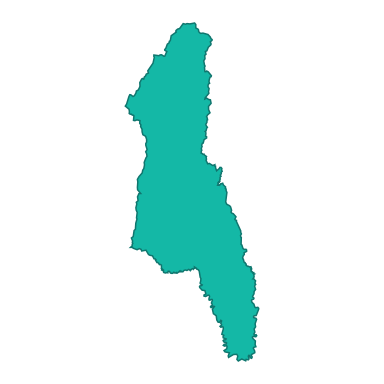 the district of Puerto Rico, Caquetá, Colombia
{"feature_id": "7082276B35792863392111", "entity_name": "Puerto Rico", "entity_type": "district", "adm_level": 2, "iso_a3": "COL", "parent_name": "Colombia", "parent_adm1": "Caquetá", "projection": "natural_earth1", "projection_center": [-75.023, 2.008], "detail": "fine", "context": "isolated", "style": "filled", "palette": "teal", "viewbox_px": 384, "rotation_deg": 0, "n_neighbors": 0, "source": "geoboundaries", "source_scale": "gbopen_adm2", "svg_char_len": 6038}
<svg xmlns="http://www.w3.org/2000/svg" viewBox="0 0 384 384"><path d="M224.0,350.6L225.0,351.9L229.4,352.8L228.2,355.9L228.6,357.4L233.5,354.5L236.8,354.3L237.8,356.1L236.9,359.4L238.3,361.0L241.8,359.0L245.7,360.8L246.1,359.4L248.4,359.8L249.0,358.9L248.3,356.1L248.9,355.3L249.6,355.6L250.5,357.9L251.6,358.3L252.2,357.0L251.4,355.6L251.4,354.6L254.8,352.7L254.7,351.1L253.3,348.2L253.7,347.4L255.9,346.7L255.1,344.5L255.4,341.0L252.7,338.3L252.4,337.1L253.4,336.4L255.8,336.8L256.7,335.7L256.1,334.7L254.4,335.1L253.9,334.0L254.9,332.1L254.1,329.0L255.6,326.8L255.1,323.8L256.6,319.3L256.0,318.3L253.7,317.6L253.5,316.9L254.1,315.8L256.2,315.5L258.6,309.4L258.7,308.3L257.8,307.3L255.7,307.7L254.8,307.0L253.9,304.1L252.0,302.3L251.5,300.7L251.9,299.7L253.5,299.2L253.9,298.6L253.7,297.7L252.7,297.1L252.6,296.3L254.0,293.8L254.1,291.5L255.6,289.4L254.6,286.3L255.0,285.1L255.7,284.5L254.9,283.0L255.6,280.9L253.7,278.9L253.7,278.1L253.3,278.3L254.1,276.9L253.8,274.4L254.5,274.0L253.6,273.7L253.8,273.1L253.1,273.1L253.2,272.7L252.8,272.8L252.3,271.8L251.3,271.7L250.9,269.4L251.5,269.7L251.6,269.0L251.1,268.8L251.5,268.3L250.9,266.7L249.7,267.0L248.6,266.3L247.7,266.4L246.1,265.2L246.2,264.1L245.3,263.4L245.1,262.6L244.0,262.0L243.5,259.6L242.8,258.8L243.0,258.4L242.6,257.7L243.3,255.7L244.3,254.5L244.1,252.7L246.6,251.4L246.6,250.0L246.0,249.3L244.1,249.4L243.0,248.5L241.8,244.9L241.1,244.4L241.3,237.5L240.9,237.3L240.5,235.5L241.4,233.9L240.6,232.0L240.8,231.1L236.4,221.4L236.5,220.4L235.3,219.9L234.8,219.2L236.0,216.8L233.3,213.7L231.9,213.2L231.0,212.1L231.6,210.4L230.6,206.9L229.6,205.7L226.8,204.3L225.7,202.0L226.9,192.4L226.1,190.6L226.1,189.0L225.3,188.4L225.6,187.0L223.4,185.0L222.7,183.2L220.7,183.9L220.6,184.3L219.5,184.8L219.5,185.3L217.6,185.2L218.3,183.5L217.9,182.9L218.7,181.8L219.1,182.0L219.0,181.7L220.0,181.1L219.6,180.1L220.3,179.0L219.9,178.0L220.3,176.9L221.0,176.3L220.3,175.1L221.3,173.7L221.2,172.3L222.2,171.3L221.6,170.0L221.9,168.5L221.0,167.4L219.9,167.4L219.3,168.5L216.6,170.8L215.6,167.9L215.5,166.1L214.6,165.9L214.8,164.7L212.7,165.5L209.3,163.4L207.7,163.8L206.0,160.2L206.5,159.2L206.1,157.2L206.5,156.5L204.3,154.9L204.0,154.1L202.9,154.3L202.2,153.5L201.2,153.2L201.3,151.1L201.8,150.4L201.3,148.6L202.1,146.3L201.7,145.7L201.8,144.7L202.5,143.2L203.2,143.1L204.1,139.6L206.6,138.0L206.6,136.7L205.6,136.3L205.9,133.5L205.7,131.7L205.2,131.4L206.1,130.6L206.7,128.1L207.4,127.3L206.2,125.7L205.8,124.3L206.9,122.4L207.0,120.1L207.6,119.8L207.0,117.3L206.5,116.8L207.6,114.9L210.0,112.8L208.6,109.7L208.5,106.4L211.1,103.3L210.4,99.8L208.7,99.5L206.6,98.1L204.9,99.0L205.2,97.7L208.9,93.3L208.5,91.6L209.1,88.6L208.1,87.0L208.0,85.4L208.5,84.0L209.6,83.3L209.0,81.7L209.2,79.9L210.0,77.2L211.1,76.7L211.4,75.7L208.2,71.8L206.7,71.0L206.0,71.7L204.9,71.6L204.5,67.3L205.1,66.0L204.6,65.5L203.7,60.8L205.0,58.8L204.7,55.4L206.0,54.3L205.4,51.5L206.9,50.8L208.3,47.2L210.6,45.1L211.1,44.0L210.3,41.8L212.0,40.4L212.1,39.5L211.0,38.7L210.3,37.0L208.0,34.5L203.0,33.1L200.6,33.4L199.5,32.6L198.6,31.4L198.6,30.2L198.2,29.3L195.8,27.9L195.8,24.5L194.6,23.0L189.8,23.9L187.0,23.6L185.5,24.2L183.2,23.6L179.6,28.5L177.6,29.1L176.1,30.4L175.8,31.1L176.2,32.1L171.2,35.7L170.3,40.7L169.3,41.3L169.2,42.7L167.3,44.2L165.9,48.1L164.7,49.6L164.8,50.3L166.8,51.5L164.8,56.1L164.0,56.3L161.6,54.8L160.1,54.9L159.0,55.7L153.9,55.0L153.8,56.2L154.3,57.3L153.0,63.2L147.8,70.8L148.4,73.1L146.3,74.1L145.5,76.0L144.3,77.0L143.7,79.1L142.4,78.5L141.6,79.1L139.8,82.6L140.0,86.2L139.2,88.2L138.1,90.1L136.4,91.0L135.9,93.1L134.4,95.7L133.0,96.5L130.8,94.8L129.8,94.7L128.9,96.6L126.6,104.1L125.3,106.1L129.1,109.3L129.4,111.9L129.2,113.5L130.2,114.2L131.5,114.2L132.2,115.1L133.4,115.2L133.9,115.8L133.5,120.4L134.9,120.7L136.9,119.9L139.9,120.6L139.7,123.3L140.9,124.9L140.6,126.6L142.0,129.2L142.1,131.9L142.9,134.7L145.6,136.3L146.6,139.3L146.6,142.1L145.8,143.5L145.8,145.3L147.1,149.5L145.7,151.8L146.6,153.7L147.0,156.3L145.9,158.0L144.2,162.4L144.5,164.9L143.8,168.6L142.7,170.2L142.2,172.9L139.0,176.6L137.4,179.4L137.8,181.9L137.4,187.4L137.6,189.8L140.7,193.5L138.9,193.6L137.5,196.8L138.1,200.7L136.3,202.3L136.8,204.0L135.9,207.7L136.2,210.1L137.2,212.4L136.5,218.0L137.0,218.9L135.8,223.2L135.4,229.3L134.1,230.5L133.2,236.6L131.4,238.0L132.6,241.0L132.3,242.5L132.8,243.5L132.2,244.3L132.2,245.8L130.5,247.4L132.5,247.4L133.1,248.2L137.1,249.7L139.2,248.6L141.1,249.4L141.7,251.0L146.0,250.2L148.5,254.5L149.7,255.2L152.5,255.8L154.0,258.8L155.2,258.9L155.9,259.7L155.5,260.1L156.9,262.5L157.5,262.4L158.6,263.3L159.4,264.6L160.0,264.4L161.4,265.1L161.5,268.2L162.2,268.9L161.6,268.9L162.0,269.6L161.7,270.0L162.4,270.5L163.5,270.3L163.6,272.3L164.0,272.6L165.6,273.0L167.3,272.4L167.8,272.8L168.2,271.3L169.5,271.4L170.4,273.0L171.2,273.3L172.8,273.3L173.9,272.2L175.0,273.1L176.3,272.5L176.5,273.1L177.3,273.1L179.8,271.0L180.0,271.7L180.8,271.2L180.9,271.8L182.9,271.8L184.0,270.4L185.7,270.0L186.9,270.5L188.7,269.4L189.5,270.0L189.4,270.5L189.8,270.0L190.2,270.5L190.5,269.7L191.2,269.8L192.2,268.7L193.2,268.6L193.4,269.2L194.2,268.3L194.7,268.3L194.5,267.0L196.5,268.3L196.8,269.2L198.3,269.7L199.2,271.1L200.2,277.3L200.9,278.6L200.7,281.1L200.1,283.1L200.5,283.9L202.2,284.9L201.7,285.6L199.9,285.9L199.5,286.6L199.7,287.5L202.1,290.2L204.9,290.6L205.9,294.0L204.0,295.0L204.0,296.1L205.6,296.5L208.0,295.2L209.0,295.2L209.6,296.3L208.9,299.0L209.1,300.0L209.9,300.2L211.2,299.4L212.2,299.5L212.4,300.3L211.4,303.0L212.1,304.1L212.3,305.2L210.7,306.3L210.5,306.9L211.1,307.6L213.8,306.2L214.4,306.5L212.4,309.2L213.4,313.7L216.2,315.7L216.8,320.0L218.0,322.1L219.4,322.4L220.8,320.3L221.6,320.9L220.8,323.4L221.6,324.6L221.5,325.2L220.0,326.3L220.8,327.2L222.6,326.8L223.2,327.2L223.3,329.0L221.8,334.3L223.8,335.3L223.0,336.9L223.3,337.9L226.1,338.9L225.7,339.7L223.6,340.0L223.1,340.7L224.2,342.2L226.0,342.4L226.6,342.9L226.4,343.9L224.2,344.3L223.3,345.4L224.5,346.1L226.6,345.7L227.1,346.7L226.7,348.8L224.0,350.6Z" fill="#14b8a6" stroke="#0f766e" stroke-width="1.5"/></svg>